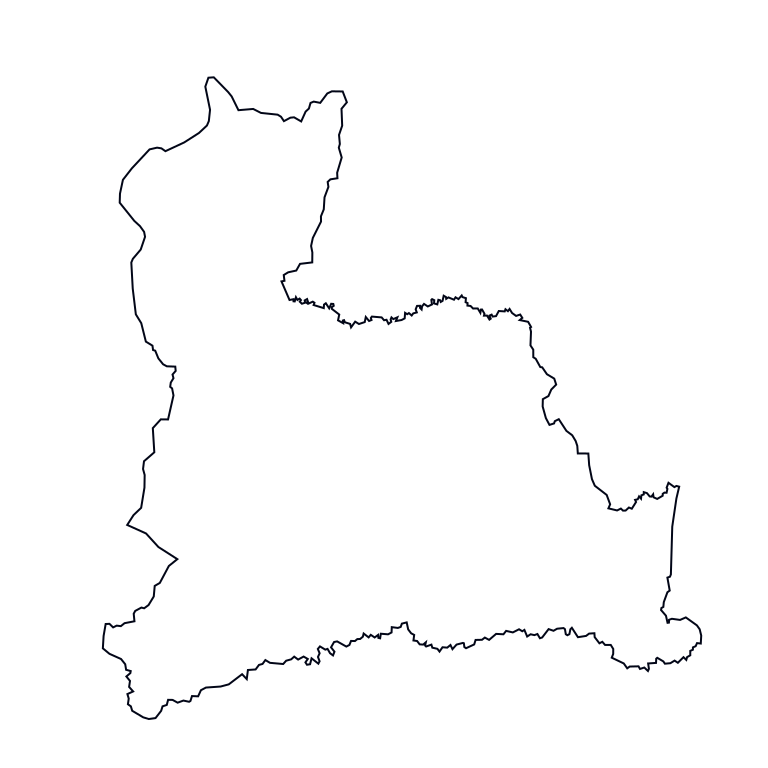 the district of Nong Khayang, Uthai Thani, Thailand, rotated 356°
{"feature_id": "78962969B47867684933269", "entity_name": "Nong Khayang", "entity_type": "district", "adm_level": 2, "iso_a3": "THA", "parent_name": "Thailand", "parent_adm1": "Uthai Thani", "projection": "natural_earth1", "projection_center": [99.965, 15.364], "detail": "fine", "context": "isolated", "style": "outline", "palette": "ink", "viewbox_px": 768, "rotation_deg": 356, "n_neighbors": 0, "source": "geoboundaries", "source_scale": "gbopen_adm2", "svg_char_len": 6147}
<svg xmlns="http://www.w3.org/2000/svg" viewBox="0 0 768 768"><g transform="rotate(356 384 384)"><path d="M363.2,89.3L352.4,88.4L347.7,90.2L340.0,99.1L333.6,97.4L330.3,98.5L328.3,104.0L324.8,106.8L319.7,116.3L312.9,111.7L309.2,111.8L302.5,114.8L299.9,110.2L296.7,107.9L280.2,105.0L272.7,100.5L257.9,100.7L252.1,86.5L248.9,81.9L235.6,66.2L230.2,66.2L226.5,74.9L229.6,98.3L227.6,109.5L225.4,113.8L216.9,120.7L201.5,129.1L182.2,136.5L178.4,133.4L174.1,132.4L166.5,133.6L147.5,151.3L137.8,162.1L133.9,175.7L133.0,184.7L146.3,203.9L151.6,209.5L155.3,215.5L155.9,220.5L150.7,232.9L142.2,241.6L140.4,245.2L140.0,271.3L141.3,297.2L146.1,306.4L149.4,325.1L155.7,329.6L156.0,334.0L158.1,334.8L160.7,342.7L165.0,348.9L168.6,351.2L177.0,352.1L177.1,356.4L173.7,359.8L174.4,363.5L171.4,367.7L170.5,371.9L172.3,373.6L173.2,380.7L166.1,404.3L158.9,403.7L150.3,411.9L150.1,436.1L139.2,444.3L137.7,452.0L138.9,458.1L137.8,470.7L133.1,490.6L125.0,497.3L118.0,506.7L136.2,516.5L147.6,530.9L165.6,544.3L156.7,550.5L146.5,566.8L141.2,569.4L139.5,579.9L133.7,588.1L129.1,591.0L126.4,590.1L120.0,593.0L118.3,595.7L118.5,603.3L108.5,604.5L104.6,607.2L100.5,606.4L96.8,607.9L93.4,604.1L89.6,604.0L86.7,615.8L85.1,628.1L91.3,634.0L102.5,640.0L106.3,645.5L106.8,651.1L111.3,652.7L110.8,654.7L106.6,657.8L109.9,662.5L108.6,668.4L112.3,673.2L106.4,675.4L107.4,680.0L106.2,685.6L109.0,687.9L110.0,692.4L120.5,699.7L126.0,701.8L132.8,701.3L138.9,694.5L140.6,690.1L144.9,689.0L146.6,684.0L151.1,684.4L155.9,687.5L161.8,685.8L167.4,687.4L168.8,686.7L170.7,681.9L176.8,682.6L180.0,676.7L185.2,674.4L199.9,674.4L208.2,672.8L222.2,663.6L226.5,668.8L228.3,659.8L236.0,659.8L239.7,655.5L243.3,654.8L246.4,651.1L250.8,654.2L263.9,656.3L267.1,653.2L272.2,652.2L275.4,649.7L279.1,652.9L284.8,650.3L288.8,653.0L286.2,656.2L287.6,658.7L290.7,658.4L292.6,652.6L299.0,658.4L300.4,656.1L299.1,651.7L301.0,648.1L299.5,643.7L301.8,641.3L306.9,644.9L309.2,644.3L311.4,648.8L314.2,651.2L315.9,647.6L312.8,643.0L316.2,637.9L319.3,637.5L328.1,643.3L331.3,641.9L333.2,638.0L337.1,638.4L339.6,636.6L342.4,636.7L345.3,634.6L346.3,631.5L351.0,635.7L353.3,633.3L357.0,636.2L360.6,633.9L360.7,636.9L362.4,637.4L363.4,632.9L370.6,634.0L374.2,632.4L374.8,627.1L380.8,628.3L383.7,627.5L385.1,624.3L390.0,623.4L391.0,630.5L393.7,634.6L396.6,636.4L395.5,641.9L399.1,642.7L401.4,646.2L404.9,646.7L407.7,644.6L406.8,647.8L407.7,648.8L413.1,647.3L413.8,650.4L418.8,651.9L420.7,654.8L424.0,650.7L428.7,651.4L432.1,649.0L433.8,653.3L438.2,649.0L444.7,647.8L445.6,648.2L445.8,652.0L447.4,653.3L455.8,650.1L457.5,645.7L463.9,646.0L466.9,644.0L471.0,646.6L478.4,641.1L485.7,642.0L488.6,638.8L495.2,640.8L501.6,638.1L504.7,640.3L506.9,639.1L509.2,645.9L512.8,643.9L516.5,645.0L519.6,644.1L521.8,648.5L524.1,647.9L531.1,640.0L535.9,642.0L539.6,640.2L546.1,640.0L547.4,641.2L547.9,646.3L549.4,647.4L551.5,646.5L552.8,641.7L554.4,640.3L559.8,650.1L568.0,649.4L571.2,647.3L576.5,647.3L576.5,651.2L580.8,657.7L583.8,656.4L586.3,659.7L592.0,660.1L594.2,664.3L593.8,669.3L592.1,672.9L603.7,679.5L606.8,684.6L609.4,683.0L618.2,683.4L619.5,686.1L623.9,685.0L627.3,688.7L628.4,686.6L628.0,681.2L635.9,681.2L636.4,677.0L637.5,676.2L643.3,680.2L644.7,682.6L650.2,682.5L654.6,680.2L657.7,682.6L663.7,677.4L666.3,680.3L667.3,677.6L670.6,676.0L670.9,671.6L673.6,670.6L673.8,668.3L676.6,667.3L678.2,664.3L681.9,665.0L682.9,657.1L681.8,650.7L679.3,646.6L668.8,637.9L662.9,640.0L654.8,638.3L651.9,639.1L651.6,641.9L650.2,642.0L649.1,634.8L644.6,628.8L645.1,626.8L647.1,625.9L647.9,621.1L652.2,611.5L654.6,610.0L653.2,596.9L655.8,596.2L656.9,594.0L661.6,546.4L667.7,518.6L671.3,507.0L668.6,506.1L666.5,507.1L660.9,502.4L658.7,507.2L659.4,508.4L658.3,512.2L656.2,511.9L654.4,513.0L654.2,514.9L648.5,517.7L645.0,515.8L644.8,512.8L642.9,515.0L641.2,514.7L638.7,511.2L635.6,510.0L635.4,512.3L633.0,513.0L632.4,516.3L630.6,513.9L629.1,516.7L626.4,517.1L627.2,519.3L622.5,525.7L619.7,524.3L616.2,527.1L613.6,527.0L611.6,524.8L607.7,526.4L599.2,523.7L601.2,519.8L598.4,510.2L587.2,500.2L584.8,493.4L583.0,479.3L583.0,467.6L572.5,466.8L572.5,459.2L571.2,454.2L568.2,448.3L562.7,443.5L555.9,431.3L551.8,433.0L550.9,435.2L546.2,436.3L543.1,429.3L540.7,417.5L541.4,410.2L547.2,407.5L550.5,401.2L555.7,396.6L554.2,390.5L547.2,385.6L543.0,378.4L541.1,378.0L537.1,369.4L534.8,367.7L535.3,360.2L532.8,355.7L534.3,342.0L533.6,338.1L534.7,337.4L532.1,332.0L523.9,329.7L526.6,327.7L524.7,324.2L520.5,325.3L516.7,322.1L514.5,317.9L512.7,320.0L510.4,317.9L509.5,320.0L503.6,319.2L500.5,324.1L497.1,324.3L496.2,322.3L494.0,323.1L495.0,326.3L493.7,327.1L491.5,322.9L488.5,322.8L489.1,320.9L487.0,316.5L485.9,316.5L485.1,319.7L482.8,315.2L478.1,314.9L475.8,312.2L472.7,311.6L473.0,309.1L471.1,308.1L471.7,304.1L468.4,302.8L467.7,301.1L464.2,304.5L461.4,302.5L459.7,304.8L454.3,302.1L452.0,303.4L451.9,301.6L449.7,300.1L448.2,305.2L446.3,306.1L445.9,304.4L444.1,303.8L442.7,308.3L439.5,307.1L440.0,303.9L437.9,302.7L437.1,303.4L437.4,308.0L433.1,309.7L429.5,306.9L427.4,309.2L426.7,312.3L425.2,310.5L425.5,308.5L422.4,308.4L420.8,311.7L421.7,314.9L418.1,315.6L416.4,317.6L413.8,315.0L412.0,316.0L410.0,314.5L409.2,320.0L406.0,321.4L400.3,322.0L402.0,318.4L397.8,319.9L396.1,318.1L395.1,320.1L395.6,322.5L392.7,324.4L391.0,320.1L388.5,320.4L386.3,317.4L376.6,315.9L375.5,317.2L376.0,319.3L373.5,320.1L370.5,315.9L369.1,320.9L363.2,322.4L359.6,319.8L355.1,325.2L354.4,321.7L349.3,319.7L348.6,317.5L347.4,317.8L347.5,320.5L342.6,317.3L344.2,311.6L337.2,305.4L337.3,303.7L339.3,302.5L339.0,300.6L336.9,300.3L334.6,304.7L331.6,299.4L329.7,300.6L329.2,304.1L319.3,300.3L320.3,298.1L318.7,296.9L313.8,298.7L312.0,297.3L313.9,296.7L313.2,293.9L310.7,295.1L311.0,297.4L307.7,298.2L305.7,296.0L307.0,294.5L305.8,292.9L303.5,294.1L302.2,291.3L300.7,295.4L299.5,295.2L299.5,293.1L295.6,293.6L288.9,274.5L291.9,274.1L291.6,268.3L296.2,265.9L304.4,264.7L308.6,258.3L320.9,257.7L321.7,247.8L320.9,241.2L323.2,233.3L332.5,217.6L332.8,212.3L336.1,205.6L337.7,193.6L342.3,183.5L341.9,178.5L344.8,176.1L351.9,175.5L352.0,170.0L357.6,155.1L355.4,145.1L356.7,141.5L356.5,132.4L360.3,123.4L360.8,106.5L366.6,100.4L363.2,89.3Z" fill="none" stroke="#020617" stroke-width="2"/></g></svg>